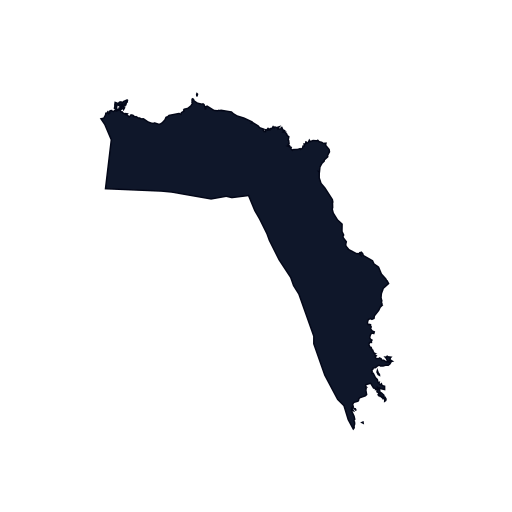 the district of Oriental Mindoro, Mindoro Oriental, Philippines, rotated 336°
{"feature_id": "2640588B63893974857560", "entity_name": "Oriental Mindoro", "entity_type": "district", "adm_level": 2, "iso_a3": "PHL", "parent_name": "Philippines", "parent_adm1": "Mindoro Oriental", "projection": "albers", "projection_center": [121.29, 12.869], "detail": "fine", "context": "isolated", "style": "filled", "palette": "ink", "viewbox_px": 512, "rotation_deg": 336, "n_neighbors": 0, "source": "geoboundaries", "source_scale": "gbopen_adm2", "svg_char_len": 6028}
<svg xmlns="http://www.w3.org/2000/svg" viewBox="0 0 512 512"><g transform="rotate(336 256 256)"><path d="M274.5,453.6L275.8,452.9L276.5,451.0L277.8,449.6L278.5,447.7L278.2,446.3L279.8,445.3L280.4,442.2L280.3,436.4L281.0,434.8L281.5,435.2L281.4,435.8L281.9,436.8L282.0,436.9L281.6,433.7L281.9,433.3L283.1,434.3L282.9,433.5L283.5,433.3L284.0,430.6L285.9,429.5L290.1,430.1L291.4,429.2L291.6,428.3L293.2,427.7L299.0,428.2L300.7,427.6L301.8,423.1L302.6,422.0L303.3,422.0L302.4,421.7L303.0,420.3L303.5,420.5L303.1,419.6L304.0,418.2L309.0,418.9L309.7,424.4L311.4,425.6L310.9,426.6L313.0,426.9L313.5,425.3L314.2,426.4L314.9,426.6L314.2,427.5L314.6,427.9L314.4,428.1L313.7,427.3L312.1,427.8L311.5,428.7L311.3,429.4L312.3,430.5L312.1,431.3L313.3,431.6L313.9,430.9L314.5,428.2L315.3,427.4L319.2,430.3L320.5,427.3L318.5,425.7L318.6,423.7L317.4,424.1L316.7,423.5L316.5,422.4L317.1,421.6L316.2,421.6L316.0,421.4L316.6,418.2L315.6,415.7L315.4,410.9L314.4,410.6L314.7,410.2L314.3,409.8L315.1,408.9L315.4,407.3L316.8,406.9L317.6,405.9L319.7,406.6L322.8,405.7L324.4,406.1L325.1,407.2L327.5,408.2L330.0,408.5L332.3,409.6L334.3,409.1L335.5,408.3L333.4,406.5L332.2,406.1L330.2,403.1L328.7,402.7L328.5,400.7L327.4,399.4L326.5,399.7L324.2,398.7L323.8,397.3L324.1,396.4L325.3,396.1L324.5,394.7L324.4,393.1L324.8,393.2L324.4,392.8L324.1,390.6L324.4,389.7L323.8,388.6L324.0,386.3L323.1,385.8L323.0,382.8L324.6,381.2L326.3,381.9L326.7,380.6L327.5,380.3L327.7,379.8L327.1,379.3L326.4,377.3L327.8,375.2L329.3,373.9L330.6,373.6L332.1,374.7L333.2,373.4L331.7,371.8L331.0,369.1L332.4,367.6L332.2,366.5L332.7,365.3L331.5,364.4L330.1,364.9L330.6,364.5L330.3,363.6L330.9,361.9L332.2,360.2L333.2,359.7L335.0,359.7L334.9,360.5L335.2,359.9L336.1,361.0L338.4,361.0L339.8,358.8L345.9,355.6L348.6,353.3L351.3,352.3L350.9,351.5L351.6,351.1L351.8,349.1L352.7,348.2L353.2,345.0L355.2,341.4L357.9,338.5L358.6,338.5L358.1,338.4L359.0,337.3L365.9,335.1L365.7,332.0L365.3,331.7L365.2,329.6L363.2,323.5L363.4,316.0L360.5,311.2L360.5,307.8L354.2,299.2L354.4,297.2L353.8,295.4L353.3,294.9L353.6,295.3L353.5,295.5L352.3,295.2L352.0,298.0L350.9,295.6L348.7,294.7L342.9,287.3L343.2,287.1L342.2,283.6L342.7,281.8L344.3,279.7L343.1,274.7L343.6,273.1L344.6,272.5L344.5,268.6L347.6,261.9L345.1,256.2L344.0,248.2L344.7,244.1L345.7,243.0L347.5,238.6L348.4,237.7L347.7,238.1L346.9,238.0L348.2,237.6L348.7,235.5L346.6,221.9L344.9,216.1L345.5,210.4L347.9,205.1L347.7,204.5L348.2,204.9L350.6,200.7L354.0,198.1L356.8,197.1L357.5,196.0L361.9,194.5L362.3,193.2L365.5,190.7L366.1,188.4L364.6,183.1L365.8,181.4L363.2,180.5L362.3,178.9L360.2,177.3L359.5,175.4L358.4,175.5L355.1,173.7L352.0,173.6L351.8,171.9L350.1,173.4L348.4,173.8L347.7,173.5L348.3,172.4L348.0,172.1L347.2,173.3L346.4,173.7L345.5,173.2L344.9,175.2L343.7,174.7L342.4,176.4L340.2,176.8L340.0,175.9L337.4,175.6L333.2,173.9L332.2,174.3L331.4,171.8L332.3,171.1L329.7,168.5L331.3,168.8L330.7,167.3L331.9,166.8L332.8,163.8L332.4,163.4L334.5,160.4L333.2,158.2L333.3,157.4L333.7,157.3L333.1,155.6L333.5,154.8L331.2,153.7L333.0,153.0L331.8,151.6L331.9,149.0L331.4,148.9L330.6,150.0L329.0,149.7L328.7,149.1L327.6,149.1L327.7,148.4L329.7,147.4L326.8,147.1L326.4,146.3L325.2,145.7L324.5,146.4L324.2,144.8L322.0,146.2L321.3,145.5L320.5,145.5L320.0,146.6L318.4,146.0L319.3,145.4L318.9,144.3L317.1,145.2L315.9,144.4L316.0,145.0L315.3,146.2L314.8,145.6L314.0,145.7L313.6,144.3L314.6,143.2L311.5,140.3L310.9,138.1L307.4,133.0L306.4,132.7L307.0,132.5L307.0,131.9L301.1,125.1L295.6,120.3L293.1,116.7L292.2,114.5L284.2,109.2L284.3,109.6L280.9,107.7L280.1,107.8L276.8,105.9L272.3,99.2L270.9,99.1L270.1,101.0L269.5,101.0L270.1,96.6L269.5,95.5L268.1,95.2L264.5,92.4L262.5,89.1L262.6,87.5L262.1,86.6L261.5,86.7L260.9,87.6L260.8,88.5L260.0,89.5L260.2,90.6L257.6,92.4L253.7,93.4L250.1,92.7L249.3,93.2L249.4,94.4L246.2,94.7L244.9,96.1L243.7,94.5L233.7,92.2L231.9,92.9L231.0,92.7L230.6,93.1L230.1,92.8L228.2,94.6L224.7,96.1L222.5,96.5L220.9,96.3L217.5,93.2L216.0,93.1L214.3,92.0L211.8,89.5L209.0,84.9L206.9,84.1L205.8,82.6L205.2,82.8L203.1,79.9L202.1,79.8L201.7,79.0L201.0,79.0L200.7,78.1L201.0,77.7L199.9,76.6L198.9,76.3L197.0,77.5L196.4,77.0L195.7,74.2L194.8,74.2L194.8,73.3L195.5,73.3L194.5,72.7L193.9,73.0L193.7,72.9L193.1,71.7L192.6,71.6L192.3,69.8L191.2,69.5L191.2,67.5L193.9,66.9L194.6,67.4L194.6,68.3L196.2,67.1L195.4,65.8L195.7,65.1L197.5,65.5L198.1,64.6L198.6,64.9L199.0,64.4L197.8,64.3L197.6,63.8L201.1,62.9L201.4,61.6L201.9,61.4L201.7,61.0L197.7,61.0L196.7,61.7L195.2,60.2L194.6,60.4L193.9,59.9L192.6,60.5L193.0,62.4L195.4,62.7L195.7,63.4L195.1,63.8L194.4,63.3L194.8,64.3L194.5,64.6L193.9,64.0L193.0,64.1L193.0,63.3L192.6,64.4L193.5,65.2L193.4,65.8L192.1,65.4L192.4,66.2L191.9,66.3L191.0,65.6L190.7,67.0L189.2,66.9L189.9,65.9L189.0,65.9L188.5,64.6L189.8,62.5L188.2,61.5L186.8,63.4L188.5,65.1L187.6,66.8L187.0,66.6L186.7,65.4L184.7,66.1L183.3,65.1L183.3,64.4L182.3,64.1L180.8,64.2L180.7,65.8L179.3,66.2L179.1,64.1L177.9,64.9L176.9,64.5L175.8,66.1L173.0,68.2L170.2,67.6L171.4,74.4L171.1,91.0L145.9,133.3L196.0,158.2L204.9,163.2L238.2,185.6L253.1,189.3L257.7,192.8L273.8,197.7L273.4,214.1L274.4,223.6L275.1,240.1L274.6,247.1L275.6,268.9L279.0,289.7L278.3,298.3L279.7,308.2L276.2,352.8L273.1,359.7L270.4,392.8L272.3,420.2L275.5,428.5L273.7,443.0L274.5,453.6ZM333.9,401.4L332.9,400.9L333.5,402.9L333.3,405.4L335.1,405.9L336.6,407.4L337.8,407.6L336.2,405.2L337.3,403.6L338.1,403.3L335.1,401.5L335.0,400.9L333.9,401.4ZM314.9,432.1L314.0,431.2L313.7,432.1L311.1,432.5L311.5,433.8L312.7,434.0L312.4,434.8L313.5,435.3L313.2,435.9L313.7,436.9L315.0,436.6L316.2,435.3L314.9,432.1ZM189.8,58.4L188.5,60.5L191.2,61.7L192.0,62.9L192.3,62.1L191.6,60.2L189.8,58.4ZM315.7,436.8L314.2,438.1L315.6,438.8L314.5,441.0L315.7,440.8L316.6,439.6L316.4,437.3L315.7,436.8ZM320.3,410.0L319.3,411.3L319.4,414.0L320.3,415.2L320.6,414.3L320.1,412.6L320.3,410.0ZM268.1,83.6L267.5,84.2L266.9,86.2L268.4,84.4L268.1,83.6ZM286.2,451.2L285.0,451.2L285.9,452.3L286.2,451.2ZM284.6,436.0L283.7,435.3L284.6,437.9L284.6,436.0Z" fill="#0f172a" stroke="#020617" stroke-width="1.5"/></g></svg>